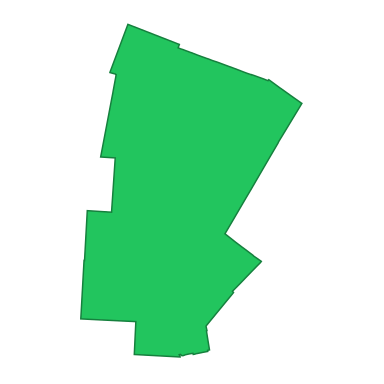 outline of Grivita, Ialomita, Romania, rotated 92°
{"feature_id": "2599482B1434149034356", "entity_name": "Grivita", "entity_type": "district", "adm_level": 2, "iso_a3": "ROU", "parent_name": "Romania", "parent_adm1": "Ialomita", "projection": "equal_earth", "projection_center": [27.323, 44.721], "detail": "fine", "context": "isolated", "style": "filled", "palette": "green", "viewbox_px": 384, "rotation_deg": 92, "n_neighbors": 0, "source": "geoboundaries", "source_scale": "gbopen_adm2", "svg_char_len": 1898}
<svg xmlns="http://www.w3.org/2000/svg" viewBox="0 0 384 384"><g transform="rotate(92 192 192)"><path d="M264.2,297.5L322.7,298.7L323.1,272.8L323.5,243.6L356.4,244.0L357.3,198.1L357.1,198.1L355.0,199.1L354.8,198.3L354.7,198.1L354.7,197.8L355.2,197.2L355.5,197.0L355.8,196.7L355.9,196.4L355.9,195.3L355.6,194.5L355.3,193.8L354.9,192.9L354.1,189.8L353.8,188.6L353.2,185.4L354.0,185.2L354.3,185.1L354.0,183.7L353.9,183.3L353.7,183.0L353.5,182.4L353.3,181.5L353.3,181.4L352.2,176.8L352.0,176.1L350.8,170.7L349.7,170.9L349.2,169.0L339.7,170.9L332.0,172.4L330.2,172.7L330.0,172.2L325.7,173.3L325.2,173.1L321.0,169.9L311.7,162.8L300.2,154.0L293.3,148.7L293.2,148.6L291.0,147.0L289.8,148.1L287.3,145.8L281.1,140.1L274.6,134.3L269.5,129.7L265.1,125.7L260.0,121.0L258.9,120.3L253.8,128.2L253.5,128.5L253.3,128.6L252.8,129.3L252.2,130.1L251.8,130.7L249.7,133.7L246.2,138.7L245.9,139.2L245.7,139.4L245.5,139.8L244.7,140.9L241.6,145.3L240.7,146.6L232.6,157.6L220.3,150.9L195.8,137.7L186.3,132.5L185.9,132.3L168.7,123.1L153.6,115.0L140.1,107.7L138.8,107.2L135.9,105.6L133.3,104.1L101.1,86.1L99.6,85.3L99.4,85.7L94.6,93.0L92.1,96.8L85.2,107.2L85.0,107.6L79.8,115.2L77.9,118.0L77.1,119.2L78.1,119.9L77.9,120.3L77.5,121.7L76.6,124.1L75.5,127.5L75.1,128.8L73.4,134.0L72.6,136.7L72.8,136.8L72.5,137.5L71.5,140.9L70.2,144.8L69.7,146.2L65.8,157.6L65.3,159.3L63.5,164.7L61.4,171.0L59.9,176.2L58.5,180.1L57.8,182.6L57.3,184.0L56.4,187.0L55.8,188.7L54.9,191.5L53.8,194.5L53.4,195.8L52.9,197.0L52.5,198.6L51.7,200.8L51.2,202.5L50.0,205.9L49.3,208.5L48.4,210.9L45.0,209.8L26.7,261.9L75.0,278.1L75.5,278.2L76.1,275.7L76.4,274.4L76.8,272.6L77.1,272.4L77.4,272.3L77.6,272.1L77.6,271.9L94.4,274.4L95.3,274.5L101.0,275.4L118.6,278.1L160.2,284.5L160.5,274.4L160.6,269.9L215.0,271.7L214.9,274.7L214.9,275.8L214.8,277.3L214.8,278.9L214.3,296.0L264.3,297.0L264.2,297.5Z" fill="#22c55e" stroke="#15803d" stroke-width="1.5"/></g></svg>